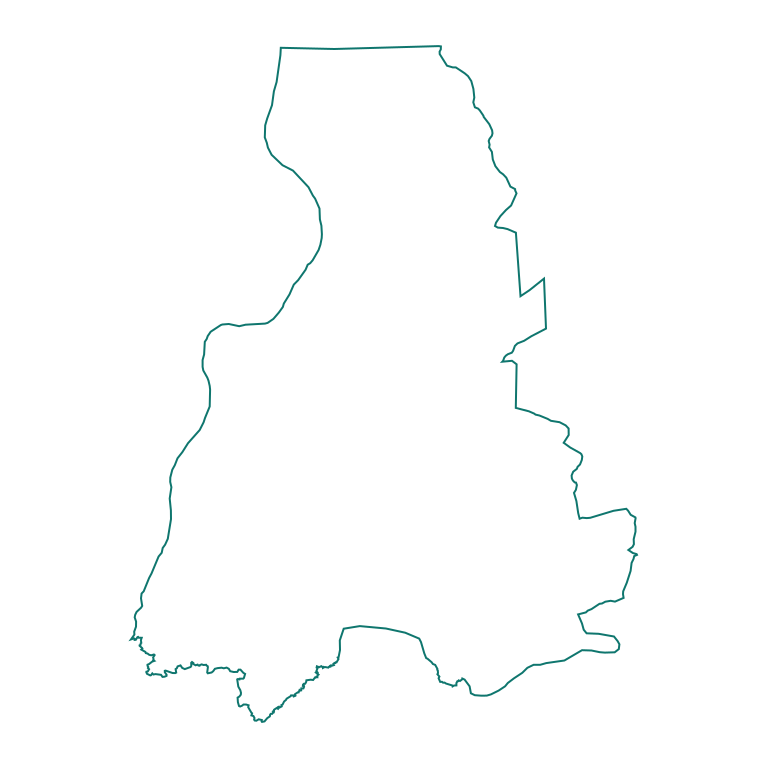 the district of Nandom, Upper West, Ghana
{"feature_id": "2480657B7958262081913", "entity_name": "Nandom", "entity_type": "district", "adm_level": 2, "iso_a3": "GHA", "parent_name": "Ghana", "parent_adm1": "Upper West", "projection": "mercator", "projection_center": [-2.792, 10.867], "detail": "fine", "context": "isolated", "style": "outline", "palette": "teal", "viewbox_px": 768, "rotation_deg": 0, "n_neighbors": 0, "source": "geoboundaries", "source_scale": "gbopen_adm2", "svg_char_len": 6108}
<svg xmlns="http://www.w3.org/2000/svg" viewBox="0 0 768 768"><path d="M438.8,46.1L334.3,49.0L280.8,47.8L280.4,55.2L276.6,82.0L273.9,91.3L272.0,105.2L267.2,118.5L265.2,125.3L264.8,137.4L266.8,142.8L267.9,147.6L271.6,154.8L282.5,165.2L293.0,170.6L308.5,187.2L312.9,195.6L315.1,198.6L319.5,208.6L319.9,219.4L321.4,225.7L321.9,234.2L321.7,238.0L320.4,244.7L318.6,250.0L312.7,260.2L310.2,263.2L307.7,264.7L305.6,269.7L298.2,280.1L293.8,284.6L289.5,294.4L283.8,303.6L282.9,306.9L278.8,312.6L273.4,318.9L267.6,322.9L265.0,323.6L245.6,324.7L239.2,326.2L228.8,324.0L222.4,324.5L220.9,325.0L210.7,331.7L207.7,336.1L206.7,339.0L204.8,341.8L204.1,354.5L202.6,360.0L202.6,366.9L203.3,370.5L207.3,377.6L208.5,380.7L209.7,385.9L210.1,389.6L209.7,406.5L205.0,418.0L203.6,422.3L199.7,430.0L188.0,443.2L182.3,452.2L177.5,458.3L174.8,465.2L172.3,469.7L170.3,477.5L170.2,481.9L171.4,487.2L169.7,498.5L170.9,510.4L171.0,519.1L167.8,538.8L165.1,544.7L162.7,548.0L161.7,552.8L158.6,556.5L151.5,573.5L149.1,578.0L143.7,591.3L141.6,593.5L141.0,598.3L142.2,605.9L141.1,607.7L136.6,611.9L135.2,614.8L134.7,617.4L136.1,621.6L136.0,626.7L134.2,631.7L134.4,634.6L131.0,639.4L134.0,638.4L134.5,638.7L134.6,639.9L135.8,639.8L137.5,637.1L138.1,636.9L138.6,637.7L141.7,637.8L140.9,640.1L141.3,642.9L140.7,643.3L140.5,644.9L139.6,645.3L139.6,645.8L142.1,648.0L142.4,648.6L141.3,649.6L145.4,651.9L145.8,653.1L147.5,653.5L149.2,654.8L151.2,655.3L153.9,654.5L154.5,654.8L154.6,655.2L153.1,657.4L153.6,659.4L153.2,660.1L154.3,660.9L152.2,661.6L149.0,664.1L147.5,664.7L147.5,665.8L148.3,667.1L147.9,668.0L149.1,669.2L147.8,671.4L146.4,671.7L146.3,672.2L147.0,673.8L150.2,675.4L151.0,675.2L152.3,673.4L153.4,674.5L155.5,674.1L161.0,674.8L162.5,676.9L164.6,676.7L166.5,675.9L166.6,674.8L164.8,672.2L164.8,670.8L165.6,670.6L172.5,673.0L175.2,673.1L176.2,672.6L175.6,669.1L176.8,668.3L177.6,666.4L180.5,665.4L182.2,667.9L184.8,669.1L190.6,667.0L191.3,665.8L191.2,662.8L192.0,662.0L193.3,663.0L193.0,663.8L195.6,665.3L197.6,664.6L198.4,665.5L199.6,665.7L200.0,665.0L201.7,664.4L203.5,665.0L206.2,664.8L206.6,665.6L207.7,666.2L207.9,667.1L207.2,672.5L207.8,673.3L211.6,672.5L213.2,671.2L214.9,668.8L217.7,668.1L221.6,667.7L223.8,668.3L226.6,667.6L228.8,668.8L230.2,671.2L233.7,672.0L237.3,671.9L238.6,669.7L240.5,669.7L243.4,672.9L245.1,673.9L243.9,678.0L243.2,678.7L239.7,678.7L239.5,679.4L237.9,679.0L237.2,679.4L238.3,686.6L240.3,690.2L241.0,692.9L240.8,694.7L239.3,696.6L237.6,697.6L237.9,702.2L239.0,706.0L240.1,706.5L242.2,705.6L243.5,704.5L246.0,704.5L248.6,705.3L248.2,707.2L251.4,712.7L252.1,713.3L251.4,715.4L253.4,716.0L254.5,718.0L254.1,719.6L254.7,720.5L256.4,720.7L258.7,719.3L261.8,720.0L261.6,721.4L262.0,721.9L264.5,721.4L267.3,718.1L269.8,716.4L270.2,714.5L270.9,713.8L272.2,713.8L272.9,712.7L273.6,712.6L273.9,712.0L273.1,711.3L274.0,710.7L274.1,709.7L276.5,708.1L277.8,708.7L277.8,707.2L278.9,706.7L279.4,707.6L281.7,706.4L281.4,705.1L282.6,704.5L284.1,701.5L286.0,699.9L286.6,698.7L290.6,696.2L291.0,695.4L293.4,695.4L293.7,696.4L295.1,695.9L295.4,695.7L294.9,695.0L295.0,694.2L297.8,692.3L298.6,692.4L299.5,690.1L300.1,690.6L301.2,690.4L301.3,688.4L303.4,688.4L304.1,686.7L303.8,685.4L302.9,685.7L303.0,684.7L303.8,683.8L305.2,683.7L306.1,682.1L306.4,680.3L310.7,679.7L313.1,680.0L315.1,677.4L315.7,677.6L316.2,676.9L317.4,677.2L317.5,675.4L318.4,674.7L317.8,674.3L317.8,673.3L316.7,673.3L315.9,672.5L317.1,671.9L316.4,671.1L317.5,668.4L316.6,667.6L316.9,666.3L319.2,667.2L321.2,666.2L321.6,666.7L323.0,666.8L323.0,667.9L324.8,667.0L328.3,667.6L328.8,666.9L330.2,666.7L330.0,665.9L331.0,665.3L331.7,665.8L333.9,665.1L333.3,664.0L334.4,663.0L335.2,663.1L335.6,662.3L336.5,662.4L338.5,659.0L337.7,657.5L338.6,657.1L340.0,650.0L339.8,640.4L343.7,628.7L359.8,626.1L385.9,628.5L405.2,632.7L419.2,638.6L421.0,642.1L424.3,653.4L426.2,658.1L427.5,658.7L431.6,662.2L432.9,664.0L435.2,664.9L437.4,668.9L437.2,669.7L437.8,670.5L438.0,673.1L437.4,674.2L439.4,676.6L438.6,678.2L440.2,681.9L442.0,681.8L443.1,682.7L444.6,682.6L445.9,683.5L452.4,685.5L452.6,686.4L454.2,685.5L456.4,685.4L456.4,683.1L457.4,681.2L458.2,681.2L458.7,680.4L460.0,681.0L462.1,679.4L462.3,678.5L464.6,679.6L469.6,686.3L470.9,693.3L474.8,695.2L481.6,695.7L486.8,695.6L490.9,694.4L498.6,690.6L505.1,686.3L507.8,683.0L514.0,678.3L522.3,672.8L527.4,667.8L533.6,664.8L540.2,664.8L546.2,663.1L564.4,660.5L582.0,650.2L591.5,650.5L599.8,652.2L604.8,652.6L614.7,652.3L618.8,649.1L619.4,644.3L617.7,641.2L614.0,636.5L598.7,633.8L586.6,633.3L583.7,629.7L582.0,623.5L578.1,614.4L585.9,612.4L587.8,610.6L591.5,609.1L599.5,603.8L602.0,603.5L605.3,601.7L610.7,600.8L615.0,601.6L623.6,597.9L623.0,594.1L623.2,591.3L626.8,582.7L630.6,570.9L631.6,562.9L633.5,559.0L634.2,556.1L637.0,554.9L636.6,554.1L632.8,553.0L628.4,550.0L632.6,546.8L633.9,544.2L633.7,539.2L635.5,531.7L635.5,526.7L634.7,523.1L635.6,518.2L635.4,517.4L630.7,514.8L628.1,510.7L626.3,508.8L613.5,510.8L590.2,517.8L586.7,518.1L582.4,517.7L579.6,518.7L578.2,513.1L576.4,501.1L574.0,492.9L575.9,489.8L576.9,485.1L576.0,482.6L574.7,482.4L572.9,480.5L571.9,478.6L571.6,475.5L573.2,471.7L576.8,468.9L577.6,466.8L580.0,464.5L581.8,460.0L582.3,456.5L581.4,454.2L580.2,453.1L570.2,447.5L563.7,442.8L568.7,435.0L568.6,428.5L565.7,425.4L559.6,422.2L550.9,420.8L547.7,418.9L539.4,415.5L535.5,414.6L534.2,413.6L528.9,411.3L515.8,407.9L516.6,364.3L512.0,360.8L502.3,361.7L503.1,360.8L504.3,357.5L505.9,355.6L507.9,354.2L511.8,352.7L513.1,350.8L514.9,345.9L517.5,343.4L524.1,340.8L531.4,336.2L546.0,328.6L544.0,278.6L529.6,290.1L520.5,296.2L515.9,232.7L507.6,229.1L503.0,228.0L497.8,227.6L495.0,226.0L496.0,222.7L500.4,216.1L505.9,210.1L511.1,205.5L516.5,193.4L515.2,190.5L515.1,189.1L510.4,186.6L506.3,177.7L503.1,174.3L499.9,172.0L495.4,166.2L492.8,159.5L491.9,151.9L489.1,147.4L489.6,144.7L488.7,141.0L489.5,138.9L491.9,135.7L492.5,133.3L492.1,130.3L489.3,124.2L483.7,116.9L483.4,115.7L479.8,110.4L478.1,108.6L474.9,107.3L473.3,102.3L474.3,97.6L473.4,88.9L471.3,81.1L468.0,76.1L464.7,73.3L455.8,67.4L452.8,67.4L447.0,65.7L439.7,54.1L439.6,51.6L440.8,49.4L440.9,46.4L438.8,46.1Z" fill="none" stroke="#0f766e" stroke-width="2"/></svg>